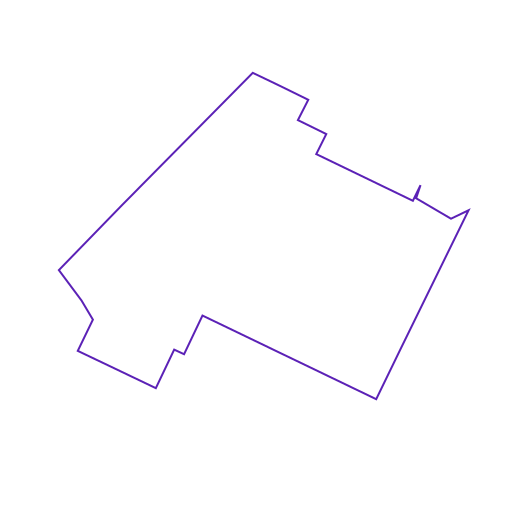 the district of Carroll, Mississippi, United States of America, rotated 116°
{"feature_id": "52423323B85460642411407", "entity_name": "Carroll", "entity_type": "district", "adm_level": 2, "iso_a3": "USA", "parent_name": "United States of America", "parent_adm1": "Mississippi", "projection": "mercator", "projection_center": [-89.927, 33.446], "detail": "fine", "context": "isolated", "style": "outline", "palette": "violet", "viewbox_px": 512, "rotation_deg": 116, "n_neighbors": 0, "source": "geoboundaries", "source_scale": "gbopen_adm2", "svg_char_len": 482}
<svg xmlns="http://www.w3.org/2000/svg" viewBox="0 0 512 512"><g transform="rotate(116 256 256)"><path d="M121.7,85.0L137.0,97.1L133.9,137.4L120.2,139.2L137.6,139.2L138.0,246.5L115.6,246.3L115.5,277.9L92.7,277.5L92.6,309.1L92.8,339.2L245.5,390.8L253.0,393.3L268.6,398.6L355.1,427.0L372.5,393.3L384.7,374.7L419.4,374.6L418.9,314.9L418.7,288.1L386.1,288.4L376.0,288.5L375.8,277.6L333.0,278.0L332.0,85.2L275.6,85.3L121.7,85.0Z" fill="none" stroke="#5b21b6" stroke-width="2"/></g></svg>